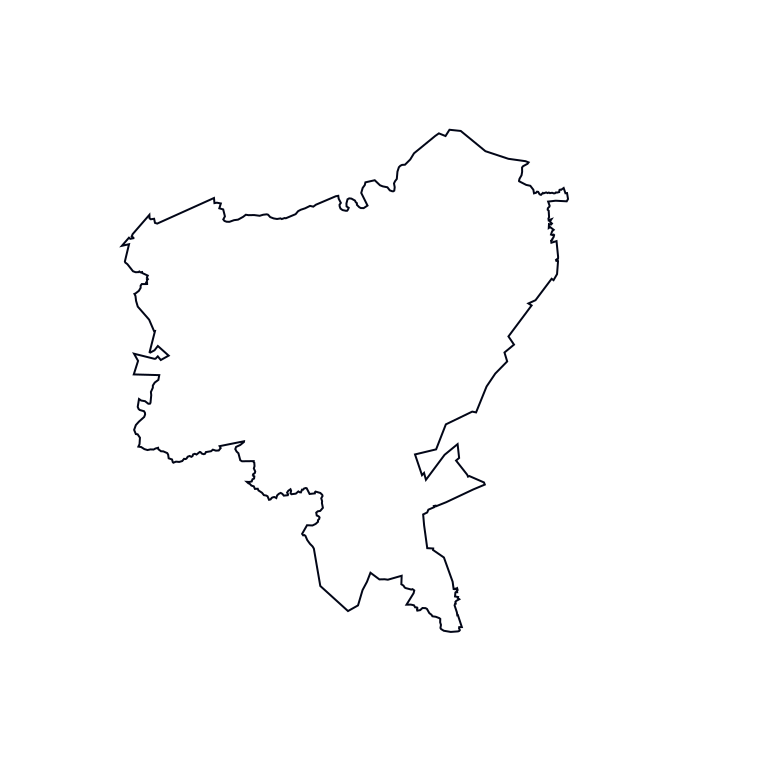 Buenavista de Cuéllar, Guerrero, Mexico (Natural Earth projection), rotated 64°
{"feature_id": "50627088B77464015235470", "entity_name": "Buenavista de Cuéllar", "entity_type": "district", "adm_level": 2, "iso_a3": "MEX", "parent_name": "Mexico", "parent_adm1": "Guerrero", "projection": "natural_earth1", "projection_center": [-99.405, 18.469], "detail": "fine", "context": "isolated", "style": "outline", "palette": "ink", "viewbox_px": 768, "rotation_deg": 64, "n_neighbors": 0, "source": "geoboundaries", "source_scale": "gbopen_adm2", "svg_char_len": 6165}
<svg xmlns="http://www.w3.org/2000/svg" viewBox="0 0 768 768"><g transform="rotate(64 384 384)"><path d="M636.6,420.6L624.1,418.9L624.0,419.5L621.2,418.6L613.9,417.6L612.6,416.4L612.8,415.8L611.1,415.3L610.6,414.1L610.4,410.7L608.7,411.5L607.9,410.8L606.1,413.3L602.8,411.3L602.5,410.8L603.2,409.5L601.0,408.7L601.2,408.1L599.5,407.8L599.7,409.6L599.2,409.8L599.4,410.4L598.8,411.3L591.8,409.0L566.2,406.2L554.7,412.7L553.4,411.9L550.5,417.1L528.6,409.9L518.4,406.0L518.4,401.5L516.4,399.2L516.7,393.0L515.5,392.7L516.0,390.9L516.7,390.9L517.5,380.0L517.9,350.1L518.6,337.5L516.3,337.3L504.1,347.7L504.1,349.1L502.0,349.0L484.4,352.8L483.4,348.9L470.3,344.2L474.2,360.6L488.5,388.3L481.5,387.0L482.6,389.8L460.9,387.0L465.6,365.8L447.4,346.1L447.5,316.8L449.9,313.7L431.2,292.9L423.4,279.4L417.7,263.4L408.5,261.9L405.6,249.9L395.8,251.3L378.1,216.9L374.9,218.9L375.1,211.1L362.9,187.2L365.0,186.1L361.1,180.3L350.0,173.8L349.2,173.6L348.9,175.1L347.9,175.0L347.4,172.5L346.1,171.8L331.2,166.3L330.4,171.6L328.4,171.0L328.2,169.5L327.6,169.4L326.4,167.3L324.7,165.8L324.1,166.0L324.0,167.3L322.9,168.4L320.4,165.9L319.8,163.9L315.8,165.9L316.0,167.5L312.6,165.6L313.9,164.1L313.4,162.7L310.7,163.7L309.3,161.3L309.0,164.2L307.4,163.7L306.4,162.5L300.4,160.0L299.1,160.5L297.9,159.7L297.1,157.6L296.4,157.0L292.0,156.5L294.5,149.4L299.9,139.7L298.4,137.5L292.6,135.8L292.1,137.3L286.6,136.6L287.1,139.7L286.5,140.4L286.6,141.3L288.3,142.4L287.8,144.7L287.2,145.4L287.5,146.7L287.2,147.7L285.8,149.1L285.2,151.2L284.2,151.9L284.1,153.3L282.9,154.3L282.6,157.0L281.9,157.4L282.8,160.0L281.7,161.0L278.9,161.2L278.2,162.2L278.8,163.6L278.4,165.6L274.9,164.6L270.0,165.6L267.4,168.9L261.0,173.7L260.6,173.6L258.9,172.2L256.7,168.9L253.8,166.8L249.9,165.0L249.2,163.5L249.0,158.5L248.2,156.9L245.8,159.1L236.1,173.5L219.2,190.8L190.2,204.1L184.2,213.7L188.1,220.0L182.8,224.8L183.5,229.2L189.8,255.9L193.7,262.0L196.1,269.0L195.0,271.7L195.0,273.6L195.7,275.6L199.0,278.8L205.3,282.6L206.6,285.2L208.1,287.1L211.8,288.1L214.7,290.0L214.9,291.1L214.4,292.1L212.5,293.9L208.7,294.7L205.8,298.5L203.6,300.5L196.8,303.0L194.6,312.3L196.8,314.1L198.4,317.2L202.3,320.7L216.4,320.6L217.0,325.2L215.7,327.7L214.3,328.7L211.1,329.8L209.6,329.1L208.3,329.7L206.4,329.7L203.1,332.0L201.9,333.9L202.0,335.8L205.2,338.6L208.0,339.8L210.2,338.5L211.5,340.0L212.1,341.1L211.7,342.2L209.5,345.0L207.3,346.2L205.0,346.0L203.4,345.4L202.3,343.4L197.5,343.5L194.8,342.6L194.1,345.1L193.0,366.6L193.6,369.8L191.5,372.4L191.5,377.9L190.9,382.4L191.0,385.4L192.6,389.0L192.0,399.6L191.3,400.5L190.9,403.6L189.8,404.4L188.8,407.8L186.8,410.6L184.1,413.1L181.0,414.0L180.1,415.0L178.9,418.4L178.3,422.0L175.2,426.7L172.9,431.7L171.3,434.0L172.0,437.3L172.3,443.1L171.0,447.0L170.5,451.7L169.2,454.3L167.5,455.9L165.6,456.3L163.6,453.5L156.6,452.0L153.9,455.0L150.2,451.5L147.8,454.7L147.1,457.1L142.3,455.3L140.4,517.5L138.8,519.2L134.7,518.2L133.7,521.4L132.4,522.1L129.1,520.7L139.1,544.2L140.8,546.1L142.6,545.1L143.1,545.3L142.3,548.4L140.7,549.1L144.9,559.0L146.6,551.9L160.3,563.2L161.4,563.3L163.8,562.1L172.6,560.2L174.6,558.3L175.8,555.7L175.6,554.6L176.9,554.0L177.3,552.4L178.2,552.7L183.0,548.8L184.1,550.3L186.1,550.3L185.9,551.2L187.4,551.6L188.5,553.2L189.2,552.6L190.3,553.1L188.0,557.9L188.9,559.6L190.9,560.6L192.8,563.5L193.7,567.7L193.6,568.8L196.0,568.8L200.6,570.4L206.5,571.4L223.2,566.9L235.7,567.5L236.0,566.6L252.6,580.7L253.3,580.3L253.1,575.5L250.7,570.6L264.1,565.1L264.6,574.1L260.0,575.2L261.1,578.2L260.7,579.3L247.2,595.4L255.4,594.9L265.7,604.7L277.5,582.1L281.4,585.0L282.2,589.4L284.0,592.4L286.0,593.4L289.0,597.0L292.0,598.1L298.5,602.1L299.1,603.0L298.4,604.5L294.7,606.3L292.4,609.5L290.1,610.8L296.6,615.4L299.0,615.5L300.3,614.9L303.3,611.6L305.2,611.5L306.7,612.1L308.5,614.0L310.4,620.8L312.1,625.0L315.7,628.7L320.2,629.0L321.2,627.5L325.3,626.9L330.9,630.1L332.6,632.2L334.2,629.9L337.5,627.9L339.7,625.5L340.4,622.6L341.9,619.8L341.8,617.7L342.3,615.0L343.7,615.4L346.7,613.9L347.8,611.9L351.1,609.1L352.9,609.0L356.4,610.1L358.9,607.6L361.7,608.1L362.4,607.8L362.6,605.0L364.3,602.2L364.8,599.1L363.6,596.5L364.5,595.2L364.4,594.1L363.3,592.3L363.5,590.2L365.0,589.1L364.9,587.8L363.6,586.4L363.8,584.6L365.2,583.4L364.3,579.4L364.8,578.8L366.9,578.1L368.1,576.7L368.2,575.3L367.1,574.0L368.6,568.9L368.0,566.6L370.2,564.3L371.3,561.7L370.0,558.9L367.8,559.0L374.1,534.9L374.7,535.3L375.8,540.0L375.7,544.5L377.3,546.2L380.1,546.1L382.4,545.2L389.5,546.6L391.2,545.5L396.2,534.9L397.1,535.4L397.9,535.1L401.1,536.4L402.8,538.0L406.2,538.1L407.3,539.0L407.7,541.1L408.3,541.7L408.9,541.3L409.7,541.7L410.3,541.1L412.0,542.2L412.0,544.0L413.6,545.6L413.0,548.0L411.8,550.2L413.8,549.4L414.9,548.4L417.2,547.7L418.9,545.9L421.7,546.0L422.8,543.4L424.6,543.5L428.3,541.3L431.2,540.7L432.7,538.7L433.9,537.9L437.7,538.1L438.0,536.6L437.1,534.7L437.2,533.1L437.6,532.0L439.3,530.8L437.3,528.9L436.6,526.7L436.6,524.6L438.2,523.5L440.4,523.0L441.8,519.2L441.2,518.6L439.1,518.7L438.0,516.8L437.6,514.2L439.3,514.3L441.2,515.9L442.5,515.5L443.9,511.3L443.0,508.1L444.4,507.2L445.0,506.2L443.0,504.0L443.5,503.0L442.9,501.7L443.2,499.9L443.8,499.2L450.2,499.1L452.0,494.1L451.0,493.5L450.7,492.7L454.0,489.0L456.5,488.1L457.7,488.3L459.2,490.5L462.2,491.0L463.8,492.0L468.5,493.2L470.1,496.9L469.4,499.4L469.9,501.3L472.7,502.1L474.2,500.8L475.6,500.4L476.9,501.4L477.5,503.1L478.9,503.7L479.8,506.8L479.8,510.3L477.2,515.1L482.8,523.3L484.6,523.0L484.9,521.8L486.0,521.2L490.6,521.4L495.2,520.6L498.7,519.4L501.2,519.2L537.6,529.8L572.3,515.9L571.6,504.4L559.8,493.6L554.3,486.0L547.7,478.9L557.6,473.8L559.8,469.0L561.6,466.3L564.1,452.2L571.6,456.2L573.7,454.9L576.0,454.6L577.0,453.9L580.7,449.6L580.9,448.3L582.8,447.3L585.0,449.1L592.2,460.5L594.1,456.5L596.0,454.1L598.4,453.9L599.2,452.4L600.0,452.2L601.3,453.3L602.3,453.4L603.1,450.6L602.2,447.6L603.7,444.9L605.0,444.0L609.8,443.7L612.2,442.5L614.0,442.3L615.9,439.5L618.7,436.9L619.8,436.4L622.8,438.0L625.5,438.4L628.0,440.2L629.3,440.1L632.0,438.4L636.1,432.7L638.8,425.9L638.9,424.6L638.4,423.7L636.6,423.7L635.5,423.0L636.6,420.6Z" fill="none" stroke="#020617" stroke-width="2"/></g></svg>